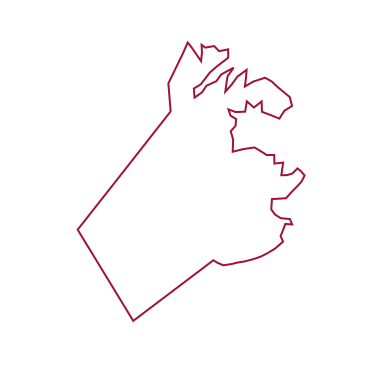 the district of Agricolândia, Piauí, Brazil, rotated 41°
{"feature_id": "56859067B82252507682420", "entity_name": "Agricolândia", "entity_type": "district", "adm_level": 2, "iso_a3": "BRA", "parent_name": "Brazil", "parent_adm1": "Piauí", "projection": "equal_earth", "projection_center": [-42.679, -5.769], "detail": "fine", "context": "isolated", "style": "outline", "palette": "rose", "viewbox_px": 384, "rotation_deg": 41, "n_neighbors": 0, "source": "geoboundaries", "source_scale": "gbopen_adm2", "svg_char_len": 1287}
<svg xmlns="http://www.w3.org/2000/svg" viewBox="0 0 384 384"><g transform="rotate(41 192 192)"><path d="M288.9,150.8L283.6,148.2L276.2,153.5L269.5,154.6L263.2,153.1L257.0,144.9L267.0,135.1L267.2,125.8L267.7,118.5L267.8,112.1L266.2,105.7L260.8,104.8L256.1,105.0L255.6,112.3L252.6,117.0L248.4,120.7L241.5,110.0L235.5,116.5L229.8,110.1L224.1,115.1L215.1,116.4L209.9,117.4L202.4,126.2L196.3,134.9L188.6,125.4L181.4,120.8L181.4,113.4L177.4,108.0L170.9,109.1L165.3,105.7L172.4,103.1L179.4,96.5L173.9,87.6L183.3,87.6L185.1,78.0L192.2,85.6L200.9,82.3L209.8,79.3L208.4,70.0L211.1,61.5L203.5,56.2L189.5,56.6L179.4,56.3L172.1,57.9L165.9,68.3L162.7,77.7L157.5,69.9L153.1,64.0L150.6,75.0L151.5,86.0L151.3,94.4L146.4,86.9L142.9,81.3L141.9,70.9L139.6,76.9L136.9,84.3L137.7,92.4L133.2,102.3L134.2,110.1L132.0,119.1L125.5,112.7L128.0,105.0L127.1,90.1L128.4,80.9L131.2,66.9L125.7,60.6L120.1,67.9L113.0,67.3L107.3,74.3L102.7,74.6L108.1,80.3L113.0,87.3L96.2,83.0L90.7,82.0L94.2,93.3L102.9,125.5L123.0,145.2L127.7,239.1L130.4,295.4L145.6,300.3L153.3,302.7L232.2,327.8L252.9,229.5L257.8,228.7L263.8,226.7L268.9,220.7L273.2,214.7L277.4,209.7L283.1,201.3L286.6,194.9L289.1,188.7L291.8,180.2L293.3,169.7L287.8,167.2L285.9,161.6L283.4,154.8L288.9,150.8Z" fill="none" stroke="#9f1239" stroke-width="2"/></g></svg>